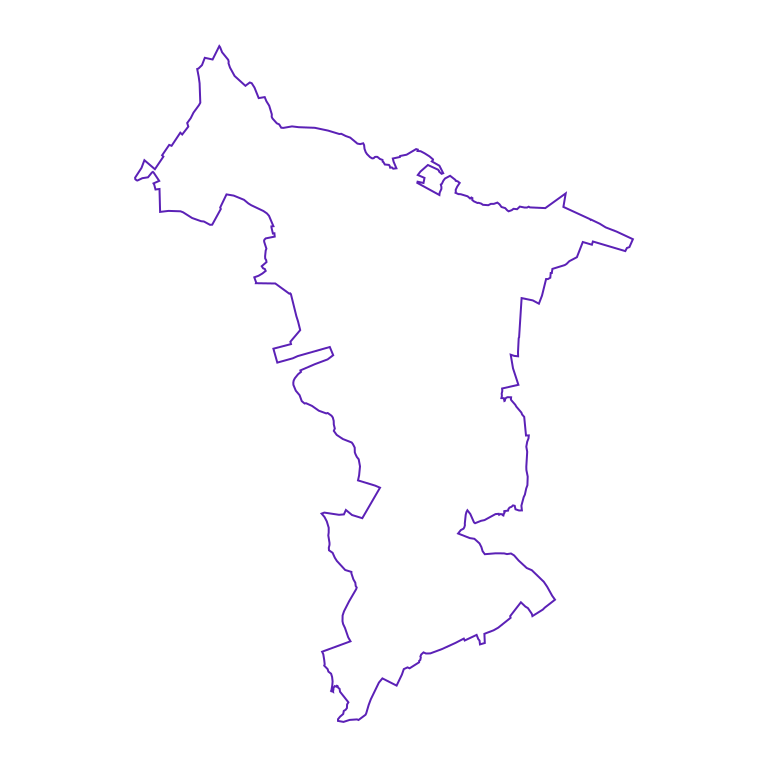 Ungheni, Mures, Romania (Mercator projection)
{"feature_id": "2599482B6625151408486", "entity_name": "Ungheni", "entity_type": "district", "adm_level": 2, "iso_a3": "ROU", "parent_name": "Romania", "parent_adm1": "Mures", "projection": "mercator", "projection_center": [24.431, 46.458], "detail": "fine", "context": "isolated", "style": "outline", "palette": "violet", "viewbox_px": 768, "rotation_deg": 0, "n_neighbors": 0, "source": "geoboundaries", "source_scale": "gbopen_adm2", "svg_char_len": 6106}
<svg xmlns="http://www.w3.org/2000/svg" viewBox="0 0 768 768"><path d="M396.6,685.6L401.9,674.6L403.8,669.1L407.5,667.4L409.6,668.3L419.1,662.3L419.2,660.8L420.3,659.9L420.8,657.3L420.4,656.5L421.2,654.5L423.5,652.4L426.0,653.5L430.3,653.4L441.9,649.1L455.5,642.9L463.8,638.6L464.7,640.5L476.6,634.9L478.3,639.1L479.5,640.5L480.0,644.4L484.8,643.0L484.4,633.8L493.6,630.3L498.2,627.7L510.6,617.8L510.2,616.1L520.9,602.3L525.4,606.6L527.9,608.1L531.8,613.8L532.4,616.1L542.8,609.6L544.8,607.6L555.0,599.7L552.2,595.8L547.2,586.8L543.8,581.8L531.8,570.2L526.7,568.0L518.6,560.5L514.1,555.4L511.0,553.5L507.0,554.1L504.1,553.4L495.7,553.3L484.8,554.2L482.6,551.2L481.4,547.1L479.5,543.4L474.4,538.8L469.8,538.1L458.1,533.5L460.8,530.1L463.5,528.7L464.3,527.3L464.9,525.3L464.8,523.5L465.7,514.9L466.4,512.1L467.4,510.3L470.3,514.0L474.0,522.4L475.1,523.2L481.1,520.8L484.5,520.1L495.5,514.1L498.7,513.8L499.1,514.8L500.4,514.1L502.4,514.3L502.7,515.2L503.4,515.5L503.7,514.2L504.6,512.5L504.2,511.9L504.3,511.1L508.1,510.6L508.3,509.3L509.5,507.6L511.5,506.8L513.0,505.4L514.7,505.8L515.5,509.3L519.1,510.5L521.9,510.4L521.4,505.7L523.7,497.1L524.9,494.6L526.2,488.5L527.4,485.2L527.7,476.6L526.4,470.1L526.3,466.8L527.2,451.8L526.3,446.7L527.2,441.7L528.5,438.4L528.8,435.4L526.0,435.5L524.2,416.9L522.1,414.5L521.4,412.6L516.3,406.6L515.3,404.8L511.3,400.2L510.9,399.3L511.1,397.3L507.6,397.2L506.3,397.7L505.4,398.6L504.8,400.8L504.4,401.0L503.8,398.2L501.4,398.1L501.9,395.9L501.7,393.6L502.3,391.0L502.1,388.5L518.4,384.8L513.0,368.3L510.7,354.7L514.3,355.9L518.1,356.3L518.0,352.1L518.7,338.1L519.1,337.4L521.6,298.1L532.8,300.4L538.9,303.7L542.0,295.6L546.1,279.0L547.9,279.1L550.3,277.7L550.7,273.0L551.8,273.0L552.4,268.9L564.7,265.1L566.5,264.0L569.3,261.2L576.9,257.2L582.8,242.0L591.9,244.7L592.9,241.5L625.3,251.1L626.9,248.0L629.4,247.1L632.9,239.2L616.6,231.6L605.7,227.4L599.7,223.7L591.1,219.6L590.7,219.9L589.9,219.1L563.4,206.9L565.7,193.4L545.3,208.1L529.9,207.4L528.7,206.7L527.1,207.5L524.4,207.5L519.8,206.6L517.1,209.2L513.5,208.8L511.7,210.2L508.6,211.3L507.2,210.3L505.2,208.1L501.5,207.0L499.5,204.3L497.4,202.6L493.7,203.9L490.8,203.9L488.3,205.2L482.9,204.8L481.2,203.6L478.5,202.8L477.5,203.0L473.8,201.3L472.2,199.9L472.4,198.1L471.4,197.5L470.1,198.5L467.6,196.3L460.7,194.2L458.4,194.1L455.5,192.8L455.8,191.9L455.7,189.8L457.2,186.6L459.7,182.9L457.6,181.3L455.7,180.8L455.4,179.9L450.1,175.8L445.0,178.5L443.4,180.6L441.8,183.9L440.8,184.5L441.4,186.9L441.4,188.9L439.7,192.6L439.4,195.0L417.3,182.9L417.6,181.7L423.5,183.0L424.5,177.9L417.8,175.0L420.4,171.6L427.9,165.0L437.9,169.6L438.9,170.6L439.1,171.6L441.6,173.8L443.2,173.2L439.4,165.7L431.8,161.4L432.8,160.3L433.0,159.4L429.5,156.4L424.6,153.3L420.6,151.2L417.5,151.0L417.8,149.6L416.1,149.1L406.6,154.7L400.1,156.0L399.9,157.0L392.8,158.5L393.6,161.7L396.4,168.3L393.2,168.7L391.8,167.4L390.2,167.7L389.6,165.7L388.9,164.9L384.8,164.5L383.3,161.9L382.7,161.7L382.5,159.9L380.0,159.0L377.4,156.9L375.9,156.8L374.7,157.1L373.7,158.2L372.2,158.4L370.0,157.1L367.0,154.1L365.7,152.1L364.5,148.8L364.1,145.1L363.2,143.3L360.2,144.1L357.4,143.6L350.2,137.6L345.7,136.0L341.3,133.8L339.3,134.0L328.1,130.6L314.8,127.8L298.8,127.2L292.0,126.4L283.3,127.9L281.2,127.7L279.2,124.4L276.8,123.3L272.5,118.5L271.7,116.8L271.8,114.3L269.2,105.7L266.4,101.2L264.7,97.1L258.7,98.1L254.5,87.6L251.7,83.2L249.8,82.5L245.4,85.8L234.6,76.0L230.0,67.6L228.5,63.2L228.7,61.7L228.2,59.8L222.1,52.3L220.1,47.2L219.3,46.1L212.6,59.5L204.8,57.8L202.0,65.1L198.5,68.5L197.2,69.0L198.7,76.8L199.6,83.3L200.3,102.7L199.0,105.1L193.5,112.6L190.7,118.2L187.2,123.0L188.3,126.6L182.2,134.5L180.3,132.7L171.6,145.8L169.2,144.9L162.1,155.3L163.4,156.6L154.9,169.2L144.4,160.2L141.5,167.9L135.1,177.7L135.3,179.2L136.6,180.3L137.5,180.5L142.3,178.2L148.0,177.3L151.9,172.5L152.9,171.9L153.8,172.8L159.2,180.9L153.5,183.4L154.2,184.6L155.5,189.5L159.5,189.0L160.1,211.9L168.5,210.9L180.5,211.3L183.1,212.3L192.1,218.0L201.1,221.2L203.9,221.5L210.0,224.8L212.2,224.7L220.8,209.0L220.2,207.5L226.5,194.4L233.7,195.6L244.0,199.8L248.3,203.4L251.2,205.2L263.4,211.0L266.9,213.4L269.0,215.8L273.4,226.2L271.4,226.4L271.4,227.2L272.9,233.5L274.4,233.3L274.7,236.6L265.7,238.4L264.5,239.6L264.1,240.6L264.2,241.8L266.4,248.7L265.7,250.5L265.1,256.3L265.2,258.5L266.2,260.2L266.5,262.1L261.7,266.2L263.1,268.3L264.8,269.0L265.7,270.9L262.4,273.5L258.5,275.8L254.3,277.3L256.1,282.4L255.9,283.2L275.3,283.5L289.3,293.7L290.1,293.3L290.9,294.1L296.4,316.3L298.0,321.3L300.2,330.1L290.4,341.7L291.0,344.1L273.4,348.7L277.3,362.6L292.8,358.3L297.7,356.1L329.8,347.0L333.2,355.2L327.6,359.4L314.8,364.2L300.4,370.4L301.0,371.9L298.1,374.2L294.8,378.3L293.7,380.5L293.3,382.7L293.4,384.9L295.8,390.7L299.6,395.2L301.7,401.0L302.2,401.5L304.6,403.5L306.0,403.2L312.0,405.9L318.8,410.7L326.2,413.4L327.7,413.0L331.5,415.7L332.8,417.5L333.7,420.9L333.8,424.5L334.8,428.5L333.8,430.9L336.7,434.9L342.8,439.0L351.7,442.5L352.9,444.1L354.7,447.6L354.8,452.3L355.5,454.2L356.8,456.9L358.7,459.3L360.0,466.4L359.1,475.4L358.0,480.4L375.1,485.6L380.0,487.7L362.3,518.2L352.0,515.0L345.9,510.0L343.9,514.4L339.0,514.8L324.3,512.6L321.6,513.6L324.5,517.0L326.8,521.4L328.7,527.7L328.7,532.5L328.3,535.4L329.5,542.9L329.5,544.9L328.8,547.8L329.0,550.3L332.6,552.8L334.8,557.7L336.9,561.0L345.2,570.0L351.4,571.9L351.4,573.4L353.4,579.4L355.3,582.7L355.7,586.0L356.7,587.5L356.2,589.1L349.1,601.3L344.0,611.3L342.6,615.5L342.5,621.2L343.1,624.0L345.0,628.0L348.2,637.3L350.5,641.3L322.1,651.7L323.3,654.3L324.2,659.9L324.7,664.3L324.2,665.6L327.6,669.1L328.4,671.6L331.1,673.7L332.1,677.0L332.6,681.4L332.3,685.2L331.4,690.5L330.6,691.7L331.7,690.9L333.1,691.8L332.9,689.8L333.4,689.7L333.5,687.8L334.8,686.1L336.5,686.7L336.9,685.8L337.5,686.0L338.2,687.7L339.6,688.9L340.0,691.7L348.4,702.3L347.1,704.4L346.9,708.1L345.6,709.8L343.8,710.9L343.2,714.0L340.1,716.6L338.0,719.2L338.0,720.9L343.5,721.9L349.7,719.9L357.0,719.4L358.5,720.0L365.5,714.8L366.2,713.4L368.7,704.9L370.8,699.3L378.9,682.6L382.4,678.4L396.6,685.6Z" fill="none" stroke="#5b21b6" stroke-width="2"/></svg>